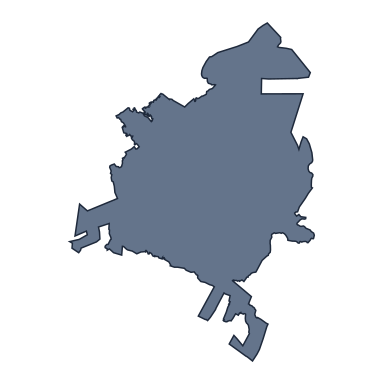 the district of Ixtapa, Chiapas, Mexico
{"feature_id": "50627088B8199998270425", "entity_name": "Ixtapa", "entity_type": "district", "adm_level": 2, "iso_a3": "MEX", "parent_name": "Mexico", "parent_adm1": "Chiapas", "projection": "natural_earth1", "projection_center": [-92.894, 16.808], "detail": "fine", "context": "isolated", "style": "filled", "palette": "slate", "viewbox_px": 384, "rotation_deg": 0, "n_neighbors": 0, "source": "geoboundaries", "source_scale": "gbopen_adm2", "svg_char_len": 6043}
<svg xmlns="http://www.w3.org/2000/svg" viewBox="0 0 384 384"><path d="M252.5,361.0L257.0,354.1L259.4,349.5L263.1,338.8L266.8,326.7L268.0,324.1L266.1,323.1L260.8,319.3L257.6,317.5L257.0,318.0L255.9,317.2L255.0,315.2L254.8,314.1L255.8,310.4L255.5,309.8L254.7,309.0L254.6,308.3L253.9,307.5L253.0,307.0L251.9,305.8L249.9,305.2L249.6,304.4L248.5,303.9L251.4,296.6L232.5,280.7L232.7,280.4L233.7,280.0L234.6,280.5L236.7,280.5L237.4,281.1L239.0,280.6L239.5,281.3L241.6,280.1L242.3,280.2L243.9,281.5L246.2,278.3L246.4,277.6L246.8,277.2L248.1,277.1L248.1,276.3L248.7,275.6L250.4,274.6L251.0,273.5L252.8,272.6L255.8,272.1L256.1,271.7L262.1,260.4L266.8,256.1L268.3,255.3L268.6,253.8L270.2,252.3L270.5,250.0L270.4,245.3L270.1,243.4L270.2,240.3L271.8,237.2L271.5,235.3L271.7,234.4L273.9,233.0L274.3,232.8L275.4,233.4L279.9,232.7L281.2,233.3L282.5,232.7L284.4,233.7L285.8,235.2L287.6,238.2L287.9,240.3L292.2,241.1L295.5,241.2L296.6,241.6L298.1,243.0L298.8,243.1L299.4,243.0L300.0,241.6L300.7,241.5L301.8,242.1L302.9,241.6L305.4,241.4L306.7,241.8L307.2,242.6L308.0,242.7L310.1,240.3L311.1,238.6L311.7,238.3L313.1,238.8L313.6,238.3L314.3,235.2L313.6,233.1L311.2,231.5L310.2,230.0L306.0,228.3L304.5,226.6L303.4,226.0L301.0,226.4L299.9,226.1L298.3,225.0L297.5,224.9L296.9,223.9L297.2,223.0L300.3,219.8L301.9,218.9L304.8,219.1L305.7,218.7L305.8,217.4L300.8,216.7L298.9,214.5L296.6,216.1L295.2,214.4L294.6,213.1L295.7,212.1L297.6,211.8L299.3,207.0L305.3,198.4L308.3,193.4L312.4,187.9L311.4,187.3L311.3,184.7L311.5,180.1L311.8,178.1L312.8,176.2L312.9,174.6L311.6,173.0L310.1,172.6L309.5,172.0L308.8,171.2L308.1,168.8L308.3,165.9L309.6,164.0L311.7,162.6L312.5,161.2L312.7,160.0L311.9,152.7L309.3,143.8L306.6,138.8L303.1,136.8L301.1,141.9L298.9,149.4L297.5,145.3L290.9,132.3L303.1,93.8L261.3,93.9L261.6,78.5L268.7,79.0L296.6,78.5L297.1,78.7L298.4,78.3L308.5,77.2L310.3,72.6L291.7,49.5L286.4,48.3L278.9,47.4L277.5,46.8L278.5,45.0L280.6,42.8L280.9,41.5L280.5,38.6L280.7,37.4L267.3,23.0L263.1,25.4L258.1,29.0L248.5,42.0L237.1,46.5L217.8,52.6L211.8,56.6L209.5,57.0L206.2,61.5L202.9,67.6L201.9,70.7L201.5,73.9L201.7,75.3L202.4,76.9L203.4,77.8L204.5,78.3L206.6,78.2L207.2,78.4L207.4,81.5L208.4,83.3L210.9,84.0L211.6,84.8L214.9,84.6L215.5,84.9L212.4,88.5L209.3,89.5L208.2,90.8L206.7,91.5L206.3,94.3L202.7,96.1L201.9,96.1L199.0,98.2L197.6,98.6L196.6,97.9L195.9,98.2L195.6,100.8L195.2,101.4L194.8,101.4L194.6,100.3L193.8,98.8L188.2,103.5L184.7,107.0L173.2,100.5L171.9,99.3L169.5,99.0L169.3,99.5L162.6,94.0L161.7,94.0L161.0,93.5L159.7,94.8L159.3,96.2L159.9,96.6L159.4,97.3L158.6,96.2L158.0,97.0L158.4,97.3L157.7,97.9L156.7,98.3L156.9,98.9L156.3,99.8L156.0,99.3L155.3,99.5L155.2,100.0L153.8,100.4L153.4,102.1L152.5,101.9L151.8,102.1L151.0,103.2L150.8,102.2L149.4,103.0L149.3,103.8L149.8,104.4L149.5,104.8L149.7,105.6L149.2,105.5L148.2,106.2L148.0,106.5L148.5,107.0L145.8,107.2L145.9,108.0L145.5,108.2L144.5,107.2L142.4,108.7L142.5,109.2L145.2,112.1L145.1,112.4L144.4,112.0L143.9,113.0L144.5,113.2L145.2,114.4L146.8,115.1L147.3,113.3L147.6,113.4L147.2,114.1L147.9,114.0L148.6,114.6L148.0,115.8L149.1,116.3L149.6,115.6L150.0,116.0L150.5,115.2L151.5,116.5L151.6,117.2L151.4,117.7L152.1,118.9L152.7,118.8L152.6,119.6L151.9,120.4L152.2,120.8L151.3,121.6L147.9,117.5L144.5,115.9L142.8,113.1L139.8,112.0L138.8,112.9L136.6,112.1L136.2,110.4L135.0,109.6L135.2,109.1L134.6,107.9L134.2,107.9L133.9,108.9L133.0,109.3L133.8,110.4L132.6,111.8L129.9,110.3L129.4,108.2L128.1,107.8L122.8,112.1L120.9,112.8L119.1,114.5L116.1,115.9L117.2,118.0L118.6,117.6L119.7,119.1L120.6,119.3L121.5,121.7L123.4,122.8L125.4,126.0L125.8,127.4L124.9,125.9L124.5,125.7L123.8,126.7L123.4,126.0L122.2,127.3L123.8,132.8L126.7,133.5L126.7,134.5L127.2,134.9L126.6,135.8L126.0,135.0L125.9,135.4L126.8,136.4L127.5,135.8L128.8,135.5L129.7,134.5L130.9,136.1L132.7,136.2L132.3,137.2L131.4,137.7L131.5,138.3L132.5,139.9L134.0,141.0L134.6,142.4L134.4,144.4L134.8,144.7L135.3,144.6L136.2,143.6L137.3,144.3L139.2,146.8L137.0,148.9L135.8,149.0L134.2,146.6L131.5,149.0L125.2,152.2L126.2,153.6L126.4,154.4L124.3,157.8L124.0,157.5L122.5,158.3L123.0,159.8L122.3,160.8L122.5,163.2L121.5,166.6L119.9,167.6L119.1,167.6L118.4,166.7L116.2,166.5L114.3,164.0L111.3,165.1L109.9,166.0L109.7,167.4L111.2,171.0L110.5,173.4L111.8,174.6L111.2,177.6L111.7,180.5L112.0,181.2L113.2,181.8L114.3,186.2L114.9,192.4L117.5,198.5L87.4,210.9L79.6,204.1L75.0,236.0L86.4,231.1L87.3,234.8L79.2,239.4L69.7,241.6L72.4,243.2L72.0,248.2L78.7,252.7L80.5,250.3L81.1,248.1L96.5,241.9L99.9,239.1L99.5,231.9L98.5,227.0L109.2,223.5L108.9,228.3L108.9,229.4L109.5,230.0L109.3,233.7L110.9,237.5L111.1,239.2L110.3,239.9L108.1,244.4L106.9,244.4L105.4,245.8L105.0,247.0L105.3,247.8L107.1,248.7L107.2,250.2L109.4,248.9L113.6,252.7L121.7,255.1L122.4,246.3L123.6,246.5L126.4,249.1L127.6,249.9L132.3,251.1L136.8,253.8L140.9,252.0L145.3,251.6L145.7,252.0L146.0,251.7L145.6,250.9L145.8,250.5L146.2,250.5L147.4,251.9L148.2,253.9L149.1,253.9L149.7,252.5L150.0,252.6L151.5,253.6L152.8,255.9L154.7,256.6L154.8,255.8L156.3,256.4L158.3,256.6L158.9,257.9L161.9,258.9L161.8,258.5L162.6,257.4L162.6,258.3L163.6,257.9L163.9,258.7L164.3,258.3L164.4,258.9L164.8,259.0L164.7,259.5L168.9,261.9L170.8,265.3L170.3,265.8L174.4,267.2L177.6,267.2L184.4,268.3L186.1,270.2L191.0,272.3L194.2,271.9L196.5,274.9L197.5,275.1L197.8,275.6L197.6,277.2L197.8,278.1L200.8,281.5L205.1,282.4L209.7,284.7L212.3,285.4L214.3,286.8L198.3,316.1L205.3,319.5L206.2,319.5L207.6,320.6L210.3,317.4L215.5,309.6L216.1,308.0L224.0,293.0L225.2,293.9L230.1,295.6L229.0,301.0L230.1,301.8L228.8,304.1L229.4,304.2L227.8,307.2L226.3,312.1L223.4,319.1L224.1,319.7L223.3,320.5L223.9,321.1L226.0,321.8L227.1,321.7L227.7,321.2L230.0,320.5L231.1,320.9L233.1,318.1L235.6,313.8L238.3,315.2L239.5,313.1L240.1,312.8L239.8,313.5L241.0,312.8L241.4,313.3L243.3,314.1L243.7,313.7L245.0,313.7L245.6,314.2L245.3,318.3L245.6,321.1L246.5,323.0L247.4,323.8L248.4,325.3L249.2,329.6L248.8,332.2L249.4,333.6L242.8,345.8L237.3,339.1L233.9,335.4L229.2,344.0L246.0,356.2L247.1,356.7L252.5,361.0Z" fill="#64748b" stroke="#1e293b" stroke-width="1.5"/></svg>